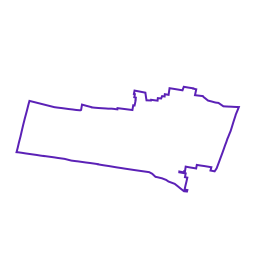 Mexicaltzingo, México, Mexico, rotated 191°
{"feature_id": "50627088B85127394964409", "entity_name": "Mexicaltzingo", "entity_type": "district", "adm_level": 2, "iso_a3": "MEX", "parent_name": "Mexico", "parent_adm1": "México", "projection": "albers", "projection_center": [-99.585, 19.21], "detail": "fine", "context": "isolated", "style": "outline", "palette": "violet", "viewbox_px": 256, "rotation_deg": 191, "n_neighbors": 0, "source": "geoboundaries", "source_scale": "gbopen_adm2", "svg_char_len": 2310}
<svg xmlns="http://www.w3.org/2000/svg" viewBox="0 0 256 256"><g transform="rotate(191 128 128)"><path d="M167.7,141.5L172.7,141.8L177.6,142.2L177.5,136.8L177.9,136.4L178.6,136.2L182.4,135.8L186.1,135.6L189.7,135.3L193.4,135.1L197.0,134.9L200.7,134.6L204.3,134.4L207.9,134.6L211.6,134.8L215.2,135.0L218.8,135.2L222.5,135.4L226.1,135.6L229.9,135.8L230.2,132.1L230.6,124.8L231.1,118.0L231.5,110.7L231.7,105.5L231.9,99.2L232.3,93.0L232.5,87.5L232.8,83.0L231.8,83.1L231.2,83.2L227.5,83.4L223.8,83.5L220.0,83.7L216.3,83.9L212.6,84.1L208.9,84.2L205.2,84.4L205.2,84.5L201.7,84.7L198.3,84.9L194.8,85.1L191.3,85.2L187.9,85.4L184.4,85.6L180.9,85.4L177.4,85.2L173.0,85.5L170.7,85.7L166.7,85.9L162.7,86.1L158.6,86.4L154.6,86.6L150.6,86.8L150.6,86.6L146.4,86.7L143.7,86.8L139.6,87.0L135.5,87.1L131.2,87.2L126.9,87.4L123.7,87.5L112.4,88.0L98.8,88.7L95.5,87.7L91.7,85.3L89.8,85.3L89.7,85.3L84.9,85.1L84.5,85.0L80.6,84.3L78.1,83.2L71.5,82.1L68.0,80.3L64.5,78.4L61.0,76.6L58.0,76.9L57.9,78.4L60.7,78.4L60.6,82.5L60.4,86.5L60.3,90.6L62.7,90.6L62.7,94.4L69.2,94.3L69.3,95.1L64.6,95.1L64.6,96.3L63.8,96.3L64.0,101.1L60.4,101.1L56.9,101.2L53.4,101.3L53.4,104.9L49.7,105.0L46.1,105.2L42.4,105.3L38.7,105.4L38.9,102.0L34.7,102.0L33.3,105.3L32.2,111.8L31.4,116.7L30.6,121.5L29.9,126.1L29.4,129.6L28.8,133.0L28.4,136.0L28.3,136.8L28.1,137.4L27.3,141.6L26.7,144.5L26.3,148.0L26.1,149.9L25.6,154.6L24.8,161.0L24.8,161.6L23.9,166.0L23.2,169.7L27.0,169.1L30.8,168.6L34.7,168.0L38.5,167.5L43.8,169.8L44.0,169.9L46.5,169.7L47.4,169.7L51.0,170.0L54.7,170.2L57.9,171.9L59.7,172.8L60.6,173.6L64.5,173.3L68.5,173.0L68.4,179.0L71.6,179.1L71.6,179.4L76.3,179.2L81.1,179.1L81.7,175.4L85.3,175.3L88.9,175.2L92.0,175.1L94.8,175.0L94.5,168.3L98.3,168.2L98.1,165.9L100.6,165.8L101.1,163.3L104.4,163.0L104.2,160.5L106.8,160.3L110.7,160.1L110.7,159.4L115.1,158.7L116.0,161.1L117.7,166.0L118.5,166.0L120.3,166.0L123.4,166.0L126.7,166.0L128.7,166.0L128.7,163.5L128.7,162.5L127.7,162.5L127.7,159.4L126.1,159.3L126.0,156.7L125.8,156.7L125.8,153.1L125.9,151.3L127.2,151.3L127.2,150.7L127.1,146.5L131.5,146.2L134.6,146.0L142.1,145.5L142.0,144.3L142.5,144.3L142.7,144.2L144.6,144.1L145.2,144.1L147.1,143.9L147.5,143.9L151.2,143.2L153.8,142.9L159.1,142.2L160.7,142.0L164.3,141.6L167.6,141.3L167.7,141.5Z" fill="none" stroke="#5b21b6" stroke-width="2"/></g></svg>